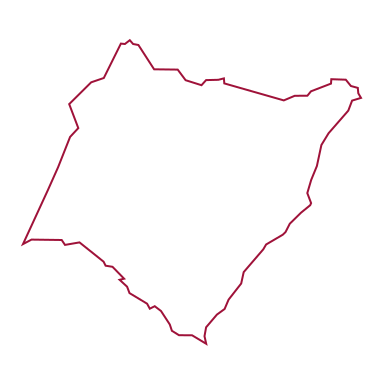 Williamsburg, South Carolina, United States of America (Albers equal-area conic projection)
{"feature_id": "52423323B81362152802157", "entity_name": "Williamsburg", "entity_type": "district", "adm_level": 2, "iso_a3": "USA", "parent_name": "United States of America", "parent_adm1": "South Carolina", "projection": "albers", "projection_center": [-79.682, 33.598], "detail": "fine", "context": "isolated", "style": "outline", "palette": "rose", "viewbox_px": 384, "rotation_deg": 0, "n_neighbors": 0, "source": "geoboundaries", "source_scale": "gbopen_adm2", "svg_char_len": 990}
<svg xmlns="http://www.w3.org/2000/svg" viewBox="0 0 384 384"><path d="M120.9,43.6L103.8,78.0L91.2,82.3L69.2,104.1L78.3,128.1L70.1,136.9L58.1,167.2L47.7,190.5L23.0,244.1L31.5,239.6L61.7,240.0L65.0,244.9L79.5,242.4L103.6,261.7L105.6,265.7L112.5,266.8L124.1,278.7L119.6,279.8L127.1,286.7L129.5,293.1L147.1,303.7L149.8,308.7L154.7,306.2L161.0,311.0L169.8,324.5L171.9,330.8L179.0,335.2L192.1,335.3L206.2,343.8L204.5,336.2L206.1,327.3L216.9,314.6L224.6,309.0L228.6,299.6L241.2,283.5L243.7,272.1L263.3,249.3L266.1,244.5L282.8,234.7L285.5,232.1L289.8,223.7L301.0,212.7L310.2,205.2L311.1,203.1L307.3,193.1L311.2,179.9L316.9,166.0L321.4,145.0L328.6,133.2L348.3,110.6L352.1,100.6L361.0,97.9L358.3,93.3L357.8,87.9L350.9,86.0L345.8,79.7L331.3,79.2L331.0,83.6L311.0,91.3L307.4,95.7L294.7,95.8L283.8,100.4L224.3,83.4L223.9,78.4L218.3,79.8L206.1,80.1L201.5,85.2L185.6,80.2L177.7,69.6L154.1,69.3L138.4,45.0L133.1,44.0L129.8,40.2L124.9,44.0L120.9,43.6Z" fill="none" stroke="#9f1239" stroke-width="2"/></svg>